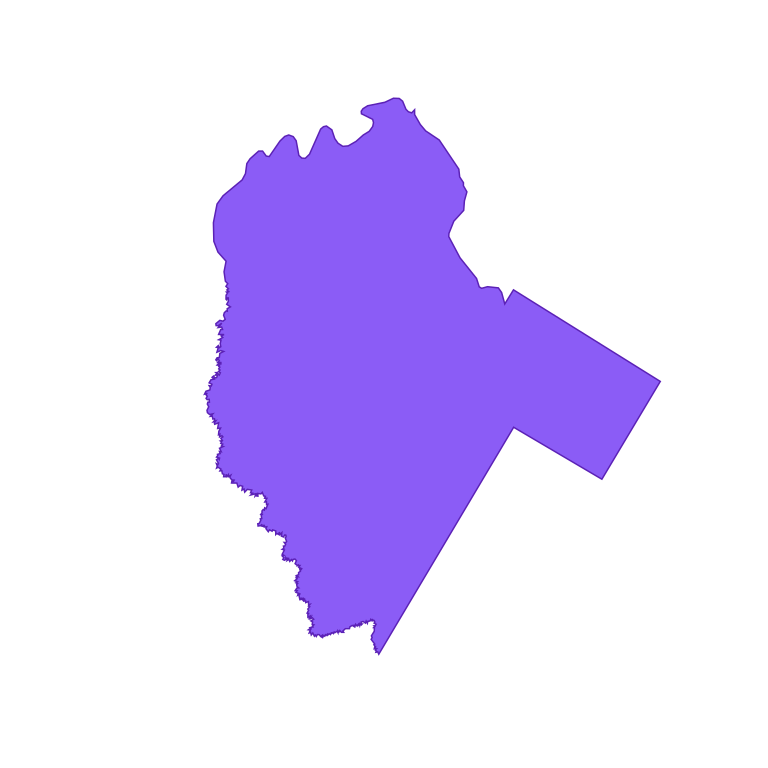 the district of Pilcomayo, Formosa, Argentina, rotated 211°
{"feature_id": "61730980B52467636009888", "entity_name": "Pilcomayo", "entity_type": "district", "adm_level": 2, "iso_a3": "ARG", "parent_name": "Argentina", "parent_adm1": "Formosa", "projection": "equal_earth", "projection_center": [-58.184, -25.344], "detail": "fine", "context": "isolated", "style": "filled", "palette": "violet", "viewbox_px": 768, "rotation_deg": 211, "n_neighbors": 0, "source": "geoboundaries", "source_scale": "gbopen_adm2", "svg_char_len": 6159}
<svg xmlns="http://www.w3.org/2000/svg" viewBox="0 0 768 768"><g transform="rotate(211 384 384)"><path d="M148.5,528.5L321.5,531.4L321.7,514.8L330.3,523.0L335.5,525.3L345.4,520.7L349.6,516.3L352.4,516.3L359.0,522.1L383.8,531.3L404.4,543.7L405.9,546.5L408.0,559.5L405.1,573.9L409.4,582.4L411.9,591.4L418.0,594.8L419.6,597.5L425.8,600.5L430.5,606.7L462.3,621.6L478.6,622.4L486.5,625.1L496.5,630.7L499.0,634.8L499.9,630.7L503.3,629.9L506.7,630.8L513.7,636.0L518.0,636.6L523.1,633.8L528.3,626.0L541.3,614.1L543.8,609.2L544.0,606.1L542.5,604.0L530.0,605.0L527.6,602.6L526.3,598.9L526.8,593.0L530.0,586.8L532.9,577.6L537.3,569.7L541.7,566.5L547.4,566.7L552.6,569.0L559.6,575.0L566.2,575.5L568.4,573.4L569.6,569.9L566.2,542.6L567.7,536.9L570.8,535.3L574.7,536.1L584.6,547.3L589.2,549.3L593.9,548.4L596.6,545.1L598.3,538.7L599.5,519.9L602.3,518.7L608.0,521.1L611.4,519.1L614.8,508.1L615.1,502.3L611.1,493.0L610.7,485.9L618.9,462.5L619.8,452.3L613.3,434.4L603.3,418.6L594.2,411.5L582.6,407.9L578.9,397.8L572.9,390.4L569.6,389.5L569.8,386.3L566.4,385.5L567.1,383.7L564.8,383.2L566.4,381.7L565.0,381.5L565.1,378.8L563.1,375.3L562.3,375.1L562.7,377.1L561.8,377.6L560.0,374.7L559.9,371.3L555.4,371.0L557.2,367.8L555.8,365.7L556.9,365.4L557.6,362.9L556.9,360.3L553.4,357.6L554.4,354.9L557.5,354.0L559.2,349.1L558.0,347.6L556.2,348.5L554.4,352.6L555.2,347.0L552.5,349.2L550.5,347.6L552.0,346.6L551.3,341.3L546.6,344.0L548.3,341.3L546.2,340.8L548.5,336.8L546.3,337.6L545.2,334.3L543.1,331.9L543.9,330.4L545.8,331.6L546.5,329.2L544.8,329.8L543.6,325.2L541.1,328.6L538.2,329.3L540.5,325.7L538.8,321.9L540.6,320.5L540.6,318.1L539.3,317.8L539.4,320.1L537.2,319.2L537.6,316.9L534.9,318.4L534.2,317.3L536.4,316.3L536.8,314.3L534.7,315.3L534.7,314.0L533.4,313.9L533.5,311.8L531.8,311.5L532.3,309.3L530.1,309.4L529.8,306.9L533.0,307.8L533.9,307.2L532.6,307.0L533.1,304.8L531.2,305.9L530.8,303.3L532.0,302.2L534.2,303.0L534.8,301.2L532.1,300.7L534.5,298.5L534.5,294.9L531.4,295.2L531.0,293.4L533.0,292.5L531.1,291.5L530.2,289.2L532.9,286.1L532.6,282.9L530.7,285.1L531.2,283.2L529.2,282.5L529.1,280.0L527.5,279.5L525.9,280.8L524.3,278.5L525.6,277.7L525.1,275.8L522.5,274.2L522.2,270.3L520.6,268.5L517.7,268.0L515.4,270.2L516.1,266.9L514.7,268.0L512.6,265.8L511.4,266.9L510.4,265.8L510.7,264.0L509.2,265.8L509.4,263.3L508.4,262.3L505.8,265.6L503.7,260.2L501.4,262.0L501.2,258.4L499.7,255.2L498.9,256.5L497.7,254.0L496.3,256.2L494.9,255.7L495.8,253.4L493.5,252.3L494.9,250.9L493.4,250.8L493.3,249.0L491.3,249.4L491.5,247.1L489.6,247.6L491.9,244.2L488.6,242.1L490.3,241.4L488.6,240.0L490.5,237.9L489.6,237.1L489.9,235.1L486.8,235.8L486.4,234.5L487.6,235.0L488.6,232.8L485.0,230.7L484.8,229.5L486.6,229.4L484.7,227.9L484.2,225.7L483.3,227.2L480.0,227.1L479.9,225.0L478.4,226.2L476.3,223.8L474.6,224.1L473.7,221.9L471.7,223.1L472.8,225.3L471.0,223.9L470.7,226.1L469.6,224.5L468.4,226.8L468.2,224.8L467.1,224.1L464.9,223.4L463.0,224.4L462.9,223.0L464.3,222.3L463.7,220.6L459.1,223.3L455.9,220.5L455.1,222.9L452.5,223.5L451.1,219.9L449.9,221.9L447.7,219.6L446.9,223.3L442.8,225.0L442.4,222.0L440.4,222.7L441.0,220.3L437.5,223.8L436.8,221.7L436.4,223.5L435.6,222.4L434.3,222.9L435.8,225.2L432.9,226.4L432.5,228.4L429.4,226.1L427.8,226.6L427.5,224.6L425.5,225.7L425.4,221.5L424.1,222.5L422.6,220.2L421.6,221.1L420.9,216.4L422.5,216.4L421.6,214.3L422.9,214.2L423.2,212.3L422.2,210.9L422.4,208.8L421.3,209.3L421.5,208.1L419.5,205.7L420.6,204.7L419.4,203.7L419.2,200.1L420.2,199.2L418.8,197.4L416.7,199.1L416.3,201.0L415.8,199.2L414.6,199.6L414.0,201.6L413.8,199.1L413.4,200.8L412.4,200.0L411.0,201.2L410.7,199.2L407.1,197.8L407.1,200.0L404.1,200.2L404.3,201.6L401.1,202.3L399.3,199.3L399.0,200.6L396.5,200.8L397.6,201.5L397.0,202.7L395.6,201.7L395.0,203.9L393.6,200.8L391.4,201.1L391.3,203.5L390.3,203.9L389.2,202.6L389.5,201.3L386.4,198.9L386.5,197.5L387.9,196.8L385.8,196.0L385.6,193.9L386.7,193.3L385.2,191.5L386.1,189.9L383.9,190.4L383.6,185.6L381.6,185.6L382.8,184.2L380.3,183.5L380.4,181.5L378.6,181.6L377.8,182.9L378.6,184.4L377.0,183.5L377.4,184.8L376.2,185.3L376.0,183.1L375.2,184.7L373.4,183.4L373.0,185.8L371.3,185.2L371.6,186.8L370.2,188.1L368.1,187.5L367.7,184.2L364.9,183.8L363.9,185.4L364.3,183.8L362.6,185.0L362.7,183.0L359.4,183.3L359.5,182.1L360.8,181.9L359.2,180.4L360.1,178.4L359.0,176.6L360.2,175.0L358.5,174.6L359.9,174.0L358.8,173.6L359.5,172.6L358.2,172.3L359.2,169.4L356.2,170.0L357.1,168.2L355.3,168.4L355.6,167.2L354.3,165.7L352.2,165.3L353.6,164.2L353.7,161.2L352.0,162.2L352.2,160.1L349.7,160.5L349.2,158.6L348.0,161.4L348.0,159.0L345.0,155.8L344.1,156.6L345.4,157.0L344.2,158.0L343.0,157.3L342.9,158.8L341.2,158.7L341.8,157.0L341.1,156.5L339.5,157.7L338.5,156.3L336.7,158.6L334.9,155.9L334.0,156.9L334.3,154.7L333.0,154.8L333.4,151.8L332.1,151.2L331.9,148.0L329.8,148.7L330.9,147.8L329.1,144.9L327.9,147.0L327.5,145.0L326.6,147.1L326.2,144.8L325.0,146.7L323.1,146.2L324.6,143.3L322.7,143.3L321.7,140.9L320.1,141.4L320.6,139.6L319.7,139.2L322.0,137.0L319.8,136.3L321.5,136.0L322.2,134.4L320.4,135.1L319.9,132.1L319.0,133.3L317.1,131.4L316.8,133.9L313.8,132.0L313.6,133.4L312.0,132.7L312.1,134.9L310.5,135.8L308.3,135.0L307.6,136.6L307.1,135.0L306.0,135.0L306.2,137.3L304.9,137.3L305.1,138.9L304.1,138.7L303.7,140.4L302.9,139.7L302.4,141.7L300.9,141.6L301.1,144.2L300.5,143.2L299.9,144.4L298.8,144.1L299.0,145.8L298.0,145.6L296.8,148.0L295.5,147.2L296.3,148.7L294.9,148.2L294.9,149.9L292.7,149.2L290.7,150.4L292.0,151.1L291.1,154.4L287.6,156.5L288.2,158.3L286.9,160.7L284.9,160.7L286.1,161.9L284.0,161.2L284.6,163.4L282.7,162.8L282.2,165.0L281.7,163.9L281.3,165.3L280.4,164.5L280.9,166.0L279.4,165.7L279.1,167.0L279.9,166.5L281.0,168.2L279.6,169.7L276.8,169.5L277.2,171.6L275.0,170.3L275.6,172.2L273.9,173.7L274.1,175.5L272.6,175.0L272.5,176.8L272.0,175.0L270.6,176.2L269.2,175.2L269.3,173.9L267.1,174.0L267.0,172.4L268.0,171.6L267.0,171.4L267.4,169.8L266.0,170.3L266.6,169.9L265.0,167.1L265.1,161.6L263.6,160.6L263.5,158.5L258.0,156.3L258.4,155.3L256.7,154.6L256.2,152.7L255.7,153.9L255.1,152.7L254.0,153.2L254.6,151.5L253.1,151.2L252.8,149.9L251.4,151.2L249.3,149.7L250.6,413.7L148.2,414.6L148.5,528.5Z" fill="#8b5cf6" stroke="#5b21b6" stroke-width="1.5"/></g></svg>